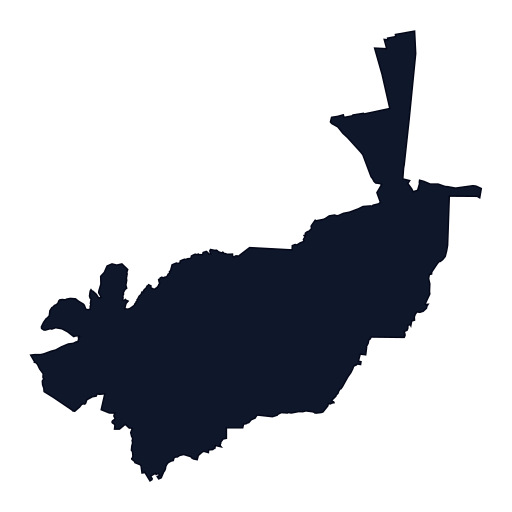 outline of Vetagrande, Zacatecas, Mexico
{"feature_id": "50627088B7628264143957", "entity_name": "Vetagrande", "entity_type": "district", "adm_level": 2, "iso_a3": "MEX", "parent_name": "Mexico", "parent_adm1": "Zacatecas", "projection": "mercator", "projection_center": [-102.495, 22.871], "detail": "fine", "context": "isolated", "style": "filled", "palette": "ink", "viewbox_px": 512, "rotation_deg": 0, "n_neighbors": 0, "source": "geoboundaries", "source_scale": "gbopen_adm2", "svg_char_len": 6030}
<svg xmlns="http://www.w3.org/2000/svg" viewBox="0 0 512 512"><path d="M141.1,466.1L142.0,473.0L144.6,472.6L144.8,472.3L150.0,480.9L151.9,479.7L152.2,478.7L150.6,476.1L155.4,473.3L156.1,474.5L158.3,473.4L159.6,475.3L157.2,476.6L158.7,478.9L161.2,477.8L163.7,471.9L164.6,470.8L165.4,468.9L165.7,466.7L166.6,464.7L168.1,462.7L171.2,461.0L173.2,460.6L173.6,459.7L173.3,459.2L174.1,457.9L175.2,457.1L177.5,456.9L179.5,455.5L183.7,454.5L190.9,456.7L191.6,457.8L193.4,458.9L197.2,459.7L198.3,455.5L202.4,451.9L203.8,451.3L208.4,452.6L208.6,449.9L212.7,449.6L213.9,448.5L214.8,448.4L215.4,445.5L221.1,446.8L220.3,445.8L220.2,444.0L220.7,443.4L220.8,442.0L223.1,439.0L226.4,438.3L226.4,427.8L242.7,427.8L243.5,424.2L246.5,423.6L248.1,422.4L248.7,422.7L251.3,419.7L255.1,418.1L256.5,415.8L257.2,415.3L258.0,415.1L272.4,416.7L277.2,415.2L277.8,414.3L281.3,412.6L287.5,413.0L288.3,412.5L291.4,413.0L298.5,411.6L302.8,411.7L305.9,410.9L312.1,411.7L313.6,412.0L314.8,412.9L316.2,413.1L321.3,412.5L323.0,411.9L327.8,405.9L328.3,403.6L330.4,403.9L331.8,403.1L334.0,402.7L333.6,401.8L332.3,401.3L331.8,400.2L335.8,396.3L336.0,395.4L338.0,393.2L338.6,391.3L340.0,389.0L340.9,388.8L342.4,386.7L347.9,376.8L350.8,372.7L352.8,368.7L353.3,367.0L354.4,365.6L356.0,365.2L357.2,364.0L360.6,364.5L361.0,361.7L358.4,361.2L360.2,354.1L365.7,354.8L366.6,347.6L366.2,347.1L368.2,343.1L368.7,340.1L370.0,339.1L371.3,337.0L404.2,337.4L404.7,336.4L404.5,335.3L405.0,335.3L405.0,334.3L404.2,331.5L407.0,330.3L407.8,328.4L407.9,325.2L410.3,324.7L410.8,325.7L411.7,321.0L414.5,320.2L414.3,317.0L415.2,314.4L416.9,311.9L419.8,312.3L423.1,311.3L426.4,308.3L427.0,306.0L428.1,304.3L425.5,304.5L425.4,303.4L429.8,294.0L429.5,291.3L429.8,283.8L428.6,278.6L429.3,274.6L431.6,274.0L431.7,272.8L431.2,272.8L437.5,263.4L439.3,261.4L440.2,261.5L442.6,259.7L445.2,256.5L446.6,251.0L447.6,245.4L449.3,196.1L477.2,196.3L479.7,197.8L481.3,188.5L476.0,186.1L473.0,185.7L455.5,188.1L447.8,186.7L445.1,186.5L438.2,184.1L430.3,184.1L423.9,181.4L419.6,180.2L419.3,182.1L419.5,183.8L417.6,190.3L413.1,191.7L411.6,188.7L407.8,183.5L409.7,180.6L402.8,178.9L403.6,168.0L404.2,164.8L409.2,118.8L415.7,53.6L414.6,31.1L395.4,34.5L395.7,36.6L387.6,38.1L387.8,39.8L384.2,39.4L386.7,48.7L374.6,48.1L382.0,74.1L389.8,108.5L363.9,114.0L363.5,113.3L352.9,115.0L352.1,115.9L344.0,117.4L343.3,114.8L337.6,116.4L331.6,117.3L330.4,121.9L331.7,123.5L337.8,126.9L342.9,133.3L347.3,137.3L360.9,152.3L362.9,154.9L371.1,176.8L372.6,178.7L374.0,181.4L375.7,183.0L380.2,183.6L381.6,184.7L376.9,192.6L380.4,202.3L378.7,203.8L373.0,205.2L372.3,206.3L370.7,205.9L363.0,206.5L358.4,208.8L349.3,212.2L343.5,213.3L338.3,215.6L336.5,215.7L334.6,215.0L329.2,215.9L325.2,218.6L323.6,219.3L316.1,220.8L315.2,220.2L311.4,225.6L311.1,226.3L311.5,228.3L311.1,229.1L308.8,231.3L307.3,231.7L305.8,232.8L305.3,233.3L305.7,234.4L305.5,235.2L304.3,235.2L304.0,235.6L305.2,236.5L303.6,239.1L303.4,239.8L304.0,240.7L303.7,241.5L299.9,243.0L296.8,245.0L295.2,244.5L292.3,245.6L292.1,249.9L249.6,247.6L238.0,256.5L237.2,255.8L235.3,256.0L234.1,257.4L232.6,256.0L232.5,254.1L227.2,254.3L225.5,253.6L224.3,253.6L222.9,252.2L222.5,252.2L222.1,253.1L218.2,251.7L217.4,250.7L216.1,250.1L215.4,250.5L210.5,249.5L209.8,250.9L210.7,254.1L208.9,254.1L207.6,252.4L206.3,251.4L203.1,252.5L202.8,254.2L202.3,254.7L198.9,254.6L198.2,254.0L197.2,254.8L195.5,254.2L194.5,254.4L191.4,256.0L191.1,257.8L190.3,258.5L187.6,258.7L185.8,259.5L184.6,259.2L182.6,259.9L180.2,261.0L180.0,262.9L177.9,263.5L176.4,263.0L172.1,264.8L170.6,270.5L169.4,271.8L169.7,273.2L168.2,274.1L167.1,276.3L166.3,276.9L164.2,277.3L163.4,278.0L161.8,277.2L160.2,278.0L159.8,279.3L159.0,279.3L158.6,279.7L159.4,282.8L159.8,283.0L159.4,284.2L158.8,284.5L158.7,285.3L158.1,286.0L157.9,287.1L157.4,287.0L157.1,287.8L156.2,287.9L155.9,288.6L154.9,288.9L154.7,289.3L153.7,289.2L152.6,288.5L151.6,288.5L150.8,287.2L151.0,285.9L148.6,284.7L147.9,285.7L147.1,286.0L146.0,288.2L144.4,289.5L143.6,290.7L143.8,291.2L143.2,291.5L142.9,292.2L141.9,292.1L141.1,294.4L139.1,296.2L137.4,299.7L137.1,299.7L137.0,301.2L136.1,301.8L136.3,302.3L135.5,303.1L135.5,303.7L134.8,303.9L134.3,305.4L130.1,308.4L127.9,309.2L124.7,308.7L126.0,303.5L128.1,301.1L125.6,300.0L125.4,299.5L123.9,300.5L122.5,299.6L123.1,297.8L122.8,295.9L123.6,294.0L123.3,293.3L123.5,292.3L125.0,289.5L126.7,288.2L125.8,285.1L126.7,280.4L126.4,277.9L126.9,275.7L126.7,275.0L127.2,274.2L126.8,272.3L127.7,269.5L121.9,263.9L116.8,265.1L112.0,263.9L107.1,266.0L104.3,272.4L100.7,276.3L100.9,284.1L98.8,291.1L98.7,292.8L101.2,297.1L98.8,298.2L96.2,294.2L93.0,291.3L91.8,290.8L91.0,289.7L90.2,291.1L89.5,296.0L90.1,298.1L91.1,298.7L90.4,303.5L90.9,304.6L90.2,306.2L90.3,308.0L89.9,309.4L87.7,309.7L85.7,309.1L84.4,305.4L83.5,304.2L78.5,301.2L75.5,298.8L70.3,298.4L66.3,299.2L65.6,299.9L62.2,299.5L59.7,299.9L58.8,300.9L58.1,302.9L56.5,304.6L54.5,305.4L52.9,307.1L51.8,307.7L49.9,310.7L49.3,315.7L47.2,318.1L46.3,318.5L43.6,322.3L41.4,326.8L41.6,328.5L43.8,330.0L45.3,330.1L50.2,328.7L51.8,329.1L55.6,327.7L62.0,328.8L67.6,331.8L73.7,336.6L75.8,335.9L78.8,336.0L79.5,336.4L78.4,337.5L78.7,338.9L77.7,342.1L76.3,341.8L73.4,343.3L68.2,344.0L61.5,346.8L55.7,350.0L51.4,351.1L43.4,354.0L40.6,354.6L34.5,354.6L30.7,355.1L34.7,362.0L34.5,362.3L35.8,362.6L37.5,364.4L39.7,369.0L43.2,373.7L42.9,377.2L43.9,379.4L42.9,380.0L42.3,381.1L42.6,384.8L43.8,388.2L44.1,391.6L53.3,397.3L71.9,409.9L72.8,410.9L74.7,411.3L79.7,406.9L81.6,404.4L83.3,403.8L84.7,404.1L85.6,403.3L86.8,399.8L92.3,396.8L96.2,396.1L96.9,394.2L97.4,394.0L99.7,394.3L104.8,393.8L101.2,409.7L109.4,413.0L115.0,413.1L113.9,415.5L114.0,416.5L115.0,418.1L114.8,419.2L112.5,420.9L112.0,422.0L112.4,422.9L114.5,424.3L114.9,425.2L114.5,429.1L119.5,429.1L125.2,424.3L129.3,428.1L130.3,427.9L132.3,428.5L130.7,432.6L131.7,436.6L132.5,437.8L132.6,439.3L132.1,440.4L132.6,443.0L131.8,446.0L131.4,450.3L132.5,451.6L132.9,456.1L132.3,458.1L131.7,458.6L131.8,459.2L134.2,461.1L134.8,461.9L134.9,462.6L140.5,464.9L141.1,466.1Z" fill="#0f172a" stroke="#020617" stroke-width="1.5"/></svg>